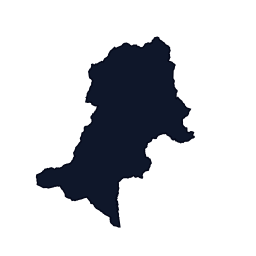 the district of Dagua, Valle del Cauca, Colombia, rotated 204°
{"feature_id": "7082276B1809548619611", "entity_name": "Dagua", "entity_type": "district", "adm_level": 2, "iso_a3": "COL", "parent_name": "Colombia", "parent_adm1": "Valle del Cauca", "projection": "mercator", "projection_center": [-76.728, 3.651], "detail": "fine", "context": "isolated", "style": "filled", "palette": "ink", "viewbox_px": 256, "rotation_deg": 204, "n_neighbors": 0, "source": "geoboundaries", "source_scale": "gbopen_adm2", "svg_char_len": 5831}
<svg xmlns="http://www.w3.org/2000/svg" viewBox="0 0 256 256"><g transform="rotate(204 128 128)"><path d="M95.3,34.4L99.2,40.7L99.7,41.0L99.9,41.5L99.8,42.1L101.0,43.1L101.9,45.6L102.9,46.5L103.1,47.1L104.0,47.3L103.9,48.8L104.4,49.1L104.6,50.0L105.2,50.3L104.9,50.8L104.5,50.6L104.9,51.2L105.9,51.5L105.8,52.6L106.5,53.6L106.3,54.2L106.7,54.2L107.3,53.7L107.2,55.4L107.7,55.9L107.9,56.6L108.5,56.8L108.7,56.3L109.5,56.9L109.6,58.1L109.8,58.1L109.6,58.6L110.1,59.1L109.8,59.4L110.5,59.7L110.2,60.7L110.3,60.7L110.9,61.6L110.5,61.8L110.7,62.4L110.2,62.8L111.0,63.6L110.9,64.0L110.5,64.2L110.4,64.5L111.5,65.8L112.1,69.3L113.4,70.7L113.7,71.9L115.1,74.6L114.5,75.8L114.1,76.2L113.0,79.5L112.5,79.9L112.4,80.5L112.0,81.1L110.8,81.4L109.2,82.3L108.3,82.3L107.5,82.7L106.6,84.0L105.6,84.2L105.2,84.9L104.8,85.1L104.2,86.5L102.8,86.9L101.9,86.3L101.0,86.3L99.4,87.9L98.1,88.0L97.2,87.7L94.8,88.0L94.8,89.1L95.6,89.5L96.0,90.5L96.3,92.3L96.2,93.0L94.7,96.2L93.9,96.6L92.3,97.8L92.7,99.6L92.5,101.9L93.1,103.4L92.6,105.3L95.3,108.4L96.8,108.3L97.2,108.5L97.7,109.1L99.1,108.6L100.6,108.8L100.7,109.6L101.6,110.8L102.4,111.2L102.5,112.0L103.4,112.8L103.5,113.8L104.2,114.8L104.5,116.4L103.6,117.7L103.3,118.7L104.0,120.0L103.9,120.9L104.5,122.3L102.6,124.2L101.6,125.8L101.9,127.1L101.7,127.8L102.0,128.3L100.3,129.4L99.2,129.4L98.1,130.1L98.2,131.5L97.4,134.1L96.8,134.4L96.2,135.2L95.2,135.9L94.0,137.2L92.0,138.0L91.6,138.7L90.4,138.5L89.4,137.7L85.8,137.6L85.8,137.2L84.7,137.1L84.1,136.6L84.0,136.0L83.4,136.0L82.7,135.6L81.8,135.7L81.7,136.1L81.1,136.4L80.7,137.1L80.3,137.0L80.0,136.4L79.5,136.4L79.1,135.9L78.6,136.3L78.3,136.0L77.7,136.1L76.8,135.8L75.5,136.0L75.2,136.3L73.8,136.1L73.4,137.1L71.8,137.4L71.8,137.9L70.8,139.2L68.9,140.0L67.7,140.9L65.7,144.9L64.6,145.4L63.9,146.7L64.3,147.1L65.4,147.0L66.0,147.3L66.3,148.0L66.3,150.4L67.1,150.6L68.5,150.3L69.1,150.1L69.5,149.3L70.3,148.5L72.1,148.2L72.9,148.7L74.3,151.7L74.9,151.7L75.5,151.3L76.1,151.2L76.9,151.8L78.0,152.0L80.0,153.4L80.4,154.7L81.9,157.5L81.9,158.1L82.1,158.3L81.5,159.7L80.7,160.5L80.8,161.6L79.2,163.2L78.8,164.4L78.8,166.0L79.3,167.2L78.9,169.4L78.7,169.8L78.7,170.5L82.2,170.1L83.7,170.3L84.1,170.8L85.7,171.4L86.1,172.2L86.9,172.7L88.5,173.0L89.7,174.2L92.7,175.0L94.9,176.1L95.6,174.6L95.8,174.4L96.1,174.6L97.4,176.8L97.7,178.0L98.1,178.4L98.4,180.0L98.1,181.0L98.5,182.0L99.1,182.3L100.0,182.4L102.9,184.4L103.3,185.6L104.7,187.4L104.7,188.8L105.1,189.9L107.3,191.4L110.4,199.0L110.1,200.7L110.8,203.2L110.7,204.6L111.5,205.0L113.3,205.2L114.5,205.8L118.3,205.5L118.9,206.4L118.9,207.2L118.5,207.7L118.7,208.6L118.6,209.6L119.5,210.4L120.1,211.9L121.0,212.6L121.2,215.9L122.2,216.8L122.9,218.3L123.8,218.4L124.2,219.0L128.0,219.2L129.2,220.1L130.1,220.4L131.2,220.4L132.7,221.0L134.8,221.1L136.1,222.0L136.7,222.8L138.1,222.8L140.3,221.1L140.4,218.9L141.2,218.0L140.9,216.9L140.9,215.2L141.6,215.1L142.0,213.8L143.0,214.0L144.2,213.8L145.3,212.4L146.2,211.9L146.4,210.7L146.4,209.5L146.8,208.8L146.9,208.0L147.4,207.2L149.2,206.2L151.3,206.7L153.0,206.0L153.9,207.0L156.5,205.9L157.7,204.1L160.3,204.3L161.1,204.8L163.8,204.8L165.7,203.6L166.3,202.8L166.3,202.2L166.6,202.0L166.7,201.1L167.2,200.2L170.4,196.9L171.4,195.3L171.8,195.1L172.3,195.9L173.0,196.1L174.2,193.0L175.2,191.1L175.5,187.6L175.4,187.1L174.9,186.9L175.7,184.0L177.3,181.8L177.5,178.5L178.0,177.9L179.0,178.0L179.6,177.1L180.4,176.4L181.7,174.4L182.0,173.3L182.8,173.5L183.4,173.3L184.3,171.6L185.0,171.5L186.1,171.9L186.9,171.2L186.1,169.8L185.9,167.8L185.9,166.9L186.5,166.3L186.7,163.4L185.9,162.4L184.4,159.8L183.2,158.3L181.3,158.1L179.4,156.8L179.3,155.9L179.1,155.5L179.4,155.2L179.4,154.8L178.3,152.0L178.9,150.9L178.9,148.8L178.6,147.9L178.4,146.2L178.9,145.0L179.0,142.5L178.3,141.6L178.4,140.6L178.0,139.8L178.5,138.9L177.7,138.5L177.1,134.8L175.1,135.2L173.8,136.3L173.2,136.2L172.1,136.6L171.3,136.2L170.6,135.2L169.6,135.2L169.0,134.9L168.3,135.3L167.2,135.0L165.6,135.7L164.4,135.8L164.4,133.8L164.1,132.6L164.3,131.6L164.1,130.5L164.7,129.9L164.7,128.6L164.9,128.1L164.8,127.2L165.0,126.7L165.8,126.4L165.6,126.0L165.6,125.3L166.2,123.5L165.8,122.2L165.1,122.0L164.2,121.3L163.1,119.0L163.7,116.1L164.3,115.5L164.6,114.4L165.5,113.1L167.6,111.9L167.9,111.0L167.8,110.2L166.8,108.4L166.5,107.0L167.1,105.5L167.8,104.7L167.0,101.8L167.2,99.3L165.4,97.0L165.7,95.6L166.1,94.7L166.6,91.5L167.6,88.9L167.3,88.2L167.1,85.5L167.4,83.2L165.9,81.3L164.9,80.8L165.2,79.9L165.1,79.2L165.4,79.0L165.2,78.7L165.4,77.9L165.1,77.5L165.1,76.8L165.7,75.1L165.6,74.0L166.2,72.4L166.2,72.0L166.9,71.7L167.3,70.9L167.9,70.8L168.5,70.1L169.0,70.1L169.2,69.6L170.4,68.8L171.5,67.4L172.2,65.0L172.7,64.8L174.0,63.4L174.9,62.9L175.4,63.0L176.0,62.5L176.9,62.4L177.6,61.5L177.9,60.6L178.6,60.2L179.3,60.2L180.0,60.5L182.0,60.3L182.4,59.6L183.1,59.3L183.3,58.5L183.9,58.0L184.5,58.3L184.9,58.2L185.4,57.6L185.4,57.2L185.7,57.3L186.1,56.8L186.5,56.8L186.7,56.2L187.1,56.2L187.1,55.2L188.1,53.7L187.8,52.8L188.8,51.9L189.0,51.3L192.1,48.0L192.0,47.6L191.5,45.9L190.7,45.1L189.7,43.6L189.6,42.9L188.4,41.6L187.9,39.6L187.2,39.5L185.3,39.6L181.1,39.3L178.1,40.8L176.5,40.9L172.0,44.3L171.7,44.9L171.1,45.5L170.5,45.4L169.1,46.7L168.0,46.7L166.6,47.6L165.6,47.2L165.1,46.5L164.5,46.3L163.9,45.6L162.5,45.3L158.7,42.6L157.8,41.3L157.5,40.4L157.1,40.2L155.5,39.9L153.3,40.0L152.1,40.7L149.6,39.2L148.3,40.2L147.0,40.2L145.9,41.4L144.9,41.9L144.5,42.6L141.9,44.4L139.9,46.5L137.5,48.3L132.1,45.5L131.4,44.3L130.6,44.3L129.6,44.9L127.3,43.8L126.9,43.2L126.0,42.7L124.2,41.9L120.3,41.6L118.7,41.0L117.2,41.1L115.9,40.3L114.6,40.4L114.1,39.9L110.8,39.8L110.5,39.9L108.1,39.4L107.2,38.9L107.1,38.5L107.3,38.2L106.9,37.4L106.9,37.0L106.1,36.3L106.0,35.6L105.5,35.0L104.4,34.3L102.3,33.8L101.7,33.3L101.2,33.2L98.8,33.9L96.3,33.9L95.3,34.4Z" fill="#0f172a" stroke="#020617" stroke-width="1.5"/></g></svg>